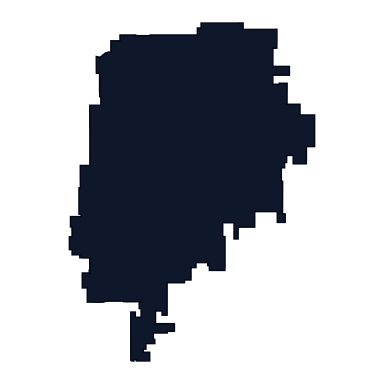 Murchison, Western Australia, Australia
{"feature_id": "25037944B75354234976201", "entity_name": "Murchison", "entity_type": "district", "adm_level": 2, "iso_a3": "AUS", "parent_name": "Australia", "parent_adm1": "Western Australia", "projection": "robinson", "projection_center": [116.097, -27.009], "detail": "fine", "context": "isolated", "style": "filled", "palette": "ink", "viewbox_px": 384, "rotation_deg": 0, "n_neighbors": 0, "source": "geoboundaries", "source_scale": "gbopen_adm2", "svg_char_len": 4137}
<svg xmlns="http://www.w3.org/2000/svg" viewBox="0 0 384 384"><path d="M314.6,146.6L314.6,139.5L314.6,135.9L314.6,115.0L307.6,115.0L306.6,115.0L300.0,115.0L300.0,109.4L300.0,104.3L295.0,104.3L287.0,104.3L287.1,83.3L284.2,83.3L281.2,83.3L279.7,83.3L279.3,83.3L279.3,84.3L276.3,84.3L272.8,84.3L272.8,75.2L279.8,75.2L289.4,75.2L289.4,66.4L288.9,66.4L280.9,66.4L280.0,66.4L276.2,66.4L275.7,66.4L274.8,66.4L274.4,66.4L274.0,66.4L272.8,66.4L272.9,48.3L276.8,48.2L276.9,41.0L276.9,40.7L276.9,38.6L276.9,38.3L276.9,36.6L276.9,30.4L276.9,30.2L276.9,29.3L274.4,29.4L272.4,29.4L271.2,29.4L265.5,29.4L252.3,29.4L243.1,29.4L243.1,23.0L231.3,23.1L221.3,23.1L218.9,23.1L217.0,23.1L215.5,23.1L213.1,23.1L201.1,23.1L201.1,28.0L197.4,28.0L197.4,35.0L192.4,35.0L189.9,35.0L182.8,35.0L174.8,35.0L167.2,35.0L163.7,35.0L161.7,35.0L159.2,35.0L157.2,35.0L155.2,35.0L152.8,35.0L150.2,35.0L150.2,35.7L149.1,35.7L148.7,35.7L147.0,35.7L145.0,35.7L135.7,35.7L135.7,35.0L130.7,35.0L125.9,35.0L120.0,35.0L120.0,40.8L110.9,40.8L110.9,52.0L110.7,52.0L109.1,52.1L108.4,52.1L107.8,52.5L107.2,52.5L106.5,52.9L105.8,52.9L105.1,53.2L104.5,54.1L104.0,54.2L103.5,54.7L103.1,54.9L102.5,55.2L102.2,55.5L101.8,56.1L101.8,56.3L101.3,56.5L101.1,56.6L100.9,56.7L100.4,57.0L100.0,57.1L99.8,57.1L99.0,57.1L96.3,56.5L96.3,64.0L96.4,72.5L96.4,73.3L99.6,73.3L99.6,75.2L99.6,75.7L99.6,76.7L99.6,77.3L99.6,78.9L99.6,79.4L99.6,83.1L99.6,83.6L99.6,87.3L99.6,87.9L99.6,88.9L99.6,89.5L99.6,91.1L99.6,91.6L99.7,93.2L99.7,93.7L99.7,95.2L99.7,95.7L99.7,96.7L100.1,96.7L100.9,96.7L100.9,97.2L100.9,105.3L99.4,105.3L98.9,105.3L89.8,105.3L89.8,105.8L89.8,106.3L89.8,107.9L89.8,108.4L89.8,109.9L89.8,110.4L89.8,112.5L89.8,113.5L89.8,114.0L89.8,118.1L89.8,119.1L89.8,121.8L89.8,122.8L89.8,125.5L89.8,126.5L89.9,129.1L89.9,130.2L89.9,132.8L89.9,133.9L89.9,136.5L89.9,137.6L89.9,139.2L89.9,140.2L89.9,142.8L89.9,143.4L89.9,148.3L89.9,165.5L80.3,165.5L80.3,175.8L80.4,187.9L79.0,187.9L79.0,214.2L81.1,214.2L81.1,216.6L70.5,216.6L70.5,226.9L72.0,226.9L72.1,236.8L69.4,236.8L69.4,249.6L70.7,249.6L72.1,249.6L72.1,252.2L72.1,254.8L73.9,254.8L76.1,254.8L77.6,254.8L79.8,254.8L79.8,257.7L82.8,257.7L82.8,257.9L89.2,257.9L89.7,257.9L89.8,266.4L89.8,270.1L89.3,270.1L89.3,273.0L82.3,273.0L82.3,287.7L82.3,287.9L83.7,287.9L85.2,287.9L87.3,287.9L87.3,291.7L87.3,291.8L87.3,300.0L87.3,300.6L87.3,302.1L87.9,302.1L90.8,302.1L91.7,302.1L92.7,302.1L93.2,302.2L94.6,302.2L96.0,302.2L97.5,302.2L98.2,302.3L98.4,302.2L99.8,302.2L100.7,302.2L103.1,302.2L103.5,301.7L104.6,301.7L105.0,301.7L105.8,301.3L106.1,301.1L106.6,301.1L107.4,301.1L107.8,301.1L109.6,301.1L110.5,301.1L110.9,301.1L111.1,301.1L112.1,301.1L113.6,301.1L115.1,301.1L116.0,301.1L116.9,301.1L117.0,301.1L119.0,301.1L119.5,301.1L120.0,301.1L122.4,301.1L123.2,301.6L124.1,301.6L125.8,301.6L126.0,301.8L127.3,301.8L127.7,301.8L127.9,301.7L129.9,301.7L130.8,301.7L132.8,301.7L133.3,301.7L134.4,301.7L134.9,301.7L137.4,301.7L139.5,301.7L140.5,301.7L140.5,302.1L139.2,302.1L139.2,308.6L141.1,308.6L141.1,317.3L135.3,317.3L135.3,312.1L133.5,312.1L130.8,312.1L130.8,360.3L131.8,360.9L131.9,361.0L132.8,361.0L133.8,361.0L133.8,359.7L136.4,359.7L136.4,360.9L149.7,360.9L149.7,352.3L143.3,352.3L143.3,349.1L145.9,349.1L145.9,343.6L154.8,343.6L154.8,339.5L153.4,339.5L153.4,333.0L167.2,333.0L167.2,331.3L174.4,331.3L174.4,323.7L155.5,323.7L155.5,316.2L155.5,311.0L162.1,311.0L162.1,315.2L167.1,315.2L167.1,293.4L167.1,282.7L184.5,282.7L184.5,280.0L191.0,280.0L191.0,270.7L191.1,267.6L196.0,267.6L196.0,262.6L201.7,262.6L207.7,262.6L207.7,265.5L209.4,265.5L209.4,270.4L215.2,270.4L224.5,270.4L224.9,270.4L225.0,265.5L225.0,242.6L225.0,239.0L225.0,238.6L225.0,236.6L222.7,236.6L222.7,222.7L234.1,222.7L234.0,238.9L238.1,238.9L238.1,227.1L254.7,227.1L254.7,211.6L277.3,211.6L277.3,222.4L280.5,222.4L285.2,222.4L285.2,220.0L285.2,214.8L285.2,213.9L284.3,213.9L282.5,213.9L282.6,187.3L282.6,186.8L282.6,181.3L281.3,181.3L281.3,167.8L284.6,167.8L284.6,164.0L284.6,162.5L286.6,162.5L286.7,155.4L286.8,155.4L287.1,155.4L291.8,155.4L292.8,155.4L293.2,155.4L293.2,163.8L306.3,163.8L306.4,159.2L306.4,146.6L314.6,146.6Z" fill="#0f172a" stroke="#020617" stroke-width="1.5"/></svg>